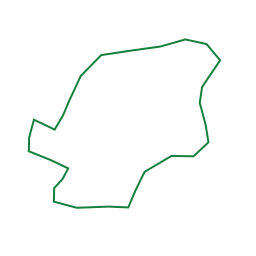 the District of Orahovac, rotated 81°
{"feature_id": "KOS-5891", "entity_name": "Orahovac", "entity_type": "District", "adm_level": 1, "iso_a3": "XKX", "parent_name": "Kosovo", "parent_adm1": "", "projection": "natural_earth1", "projection_center": [20.611, 42.394], "detail": "fine", "context": "isolated", "style": "outline", "palette": "green", "viewbox_px": 256, "rotation_deg": 81, "n_neighbors": 0, "source": "natural_earth", "source_scale": "10m", "svg_char_len": 506}
<svg xmlns="http://www.w3.org/2000/svg" viewBox="0 0 256 256"><g transform="rotate(81 128 128)"><path d="M105.1,219.6L118.1,200.7L105.1,190.0L92.8,182.4L69.3,166.6L51.8,143.0L52.0,113.6L52.6,83.2L49.5,57.5L57.4,37.3L75.5,26.4L99.1,48.4L114.4,53.2L137.4,50.8L154.7,50.8L166.2,67.7L162.4,89.5L173.9,118.5L191.1,130.5L206.5,140.2L202.6,159.5L198.8,191.0L189.2,212.7L175.8,210.3L168.1,200.6L158.5,193.4L147.0,210.3L135.5,229.6L122.1,227.2L105.1,219.6Z" fill="none" stroke="#15803d" stroke-width="2"/></g></svg>